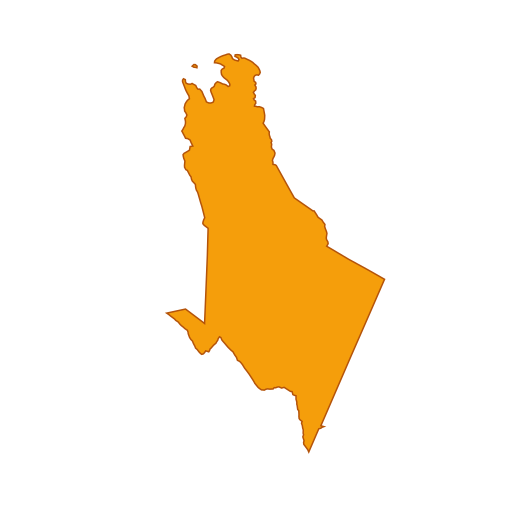 Bragança, Pará, Brazil (Robinson projection), rotated 334°
{"feature_id": "56859067B69976129931253", "entity_name": "Bragança", "entity_type": "district", "adm_level": 2, "iso_a3": "BRA", "parent_name": "Brazil", "parent_adm1": "Pará", "projection": "robinson", "projection_center": [-46.769, -1.181], "detail": "fine", "context": "isolated", "style": "filled", "palette": "amber", "viewbox_px": 512, "rotation_deg": 334, "n_neighbors": 0, "source": "geoboundaries", "source_scale": "gbopen_adm2", "svg_char_len": 4658}
<svg xmlns="http://www.w3.org/2000/svg" viewBox="0 0 512 512"><g transform="rotate(334 256 256)"><path d="M322.4,150.3L321.3,144.3L320.6,139.8L322.3,138.4L323.6,136.9L324.6,135.1L325.5,133.4L326.2,131.1L326.7,129.2L327.4,126.7L326.2,125.0L324.4,123.2L322.6,122.5L321.5,121.4L320.3,120.7L321.2,119.4L322.8,118.6L323.6,116.6L322.8,115.2L322.7,113.5L324.6,113.2L325.8,111.4L325.4,109.5L325.4,107.7L327.2,106.9L328.5,106.6L329.4,105.7L330.1,104.1L329.9,101.8L331.4,101.3L331.8,99.8L330.9,98.2L331.8,95.0L333.0,93.9L334.3,93.3L336.2,93.5L337.4,94.6L339.0,94.0L340.3,92.8L340.7,90.9L340.7,88.8L340.6,87.2L339.7,84.7L338.6,82.4L338.0,80.7L337.2,79.3L335.8,77.2L334.8,76.0L333.7,74.6L332.6,73.2L331.4,72.5L330.1,72.2L329.6,70.6L330.2,68.8L328.9,67.7L327.2,66.7L325.5,66.1L324.6,67.3L325.8,68.8L326.7,70.3L326.8,72.0L325.4,72.9L323.9,71.6L322.6,70.4L321.4,68.3L321.6,66.3L321.4,64.4L320.4,62.6L318.5,62.0L316.8,61.9L314.6,61.5L312.0,61.3L309.9,61.3L308.3,61.4L307.0,61.5L305.8,61.9L304.3,62.7L303.4,64.1L305.1,65.1L306.6,66.3L308.3,67.8L309.3,69.5L310.1,70.6L310.8,71.9L309.7,73.1L307.5,73.2L306.1,73.9L305.2,75.7L304.6,77.8L304.8,79.6L305.3,81.5L306.1,83.2L307.0,85.0L307.5,86.6L307.8,88.5L307.8,90.2L307.0,91.5L305.2,91.4L304.2,89.2L303.0,87.9L301.4,86.7L300.5,85.4L299.2,83.9L297.8,82.5L296.3,82.7L294.4,83.5L292.8,85.2L291.5,85.5L290.0,85.6L288.7,86.1L287.8,87.2L287.5,89.0L287.4,90.5L287.3,92.1L287.1,94.4L286.8,97.2L285.1,98.9L283.6,98.9L282.2,98.6L280.6,97.7L279.0,95.8L279.3,91.9L279.2,89.7L279.3,87.7L279.5,84.4L278.6,81.3L277.0,80.7L276.5,78.7L276.6,76.3L275.1,74.3L274.2,72.9L272.4,72.9L270.4,71.7L269.0,70.2L269.0,68.5L269.8,66.5L268.5,64.9L267.1,65.7L266.4,67.1L266.2,69.1L266.0,71.7L265.7,74.7L265.6,77.0L265.7,80.2L265.9,82.6L265.1,85.5L263.8,85.7L262.1,86.3L260.5,87.2L258.9,88.3L257.7,89.8L256.5,91.2L256.0,92.9L255.4,94.5L255.7,96.4L255.7,99.0L254.2,100.4L252.4,101.1L251.7,103.9L250.8,105.8L249.7,107.2L248.8,108.1L247.3,109.0L245.9,110.1L244.1,111.2L244.2,112.9L244.2,114.5L244.3,116.7L244.3,119.3L246.1,120.6L247.6,122.9L247.4,125.2L247.4,129.5L246.1,129.2L244.8,128.7L242.6,131.7L240.7,131.9L238.3,132.1L236.4,132.2L234.9,132.9L234.4,134.3L233.9,136.4L233.7,139.5L232.6,141.3L231.5,143.1L230.7,144.9L230.8,147.6L231.8,149.0L231.9,154.3L232.3,156.4L231.7,158.6L231.6,160.7L232.4,163.3L232.9,165.1L232.0,167.4L231.6,168.9L231.3,170.7L231.5,172.7L231.3,174.5L229.6,184.1L229.1,187.6L226.7,199.1L224.6,200.8L223.1,202.4L222.4,203.7L222.9,205.8L224.2,208.3L225.1,210.1L212.5,234.2L211.6,235.9L194.3,268.0L180.2,294.1L177.9,289.5L169.4,272.8L158.5,270.1L150.7,268.2L151.9,270.3L153.1,272.9L154.4,275.4L155.2,277.0L155.6,278.6L157.1,281.1L157.8,284.2L158.4,285.9L159.4,287.9L160.3,290.2L161.7,292.6L161.6,294.4L161.0,296.2L160.6,300.1L160.9,302.6L161.6,304.5L161.4,307.3L161.5,310.7L161.3,312.2L162.2,314.4L162.7,317.1L163.4,319.3L164.1,320.6L165.8,320.9L167.6,320.2L169.2,319.2L171.5,321.4L172.7,320.7L174.0,319.4L175.2,319.1L178.7,317.6L181.8,316.8L183.1,315.8L184.6,315.0L185.8,313.7L187.8,312.6L188.7,313.9L188.5,316.4L188.9,318.2L189.6,320.8L190.4,324.0L190.9,325.9L191.6,327.9L192.3,329.9L193.3,332.0L193.5,335.5L194.0,338.6L193.6,341.6L195.1,343.6L195.6,345.0L196.2,347.6L196.6,351.8L197.4,355.6L198.0,358.9L198.8,365.2L199.1,368.2L199.1,369.8L199.7,372.5L200.3,375.0L201.0,376.6L202.2,378.7L203.4,379.4L204.7,380.2L206.6,380.1L208.1,380.5L210.0,381.7L213.1,383.0L214.7,382.3L216.0,383.1L217.4,383.1L219.2,383.6L221.1,385.9L223.7,386.4L227.6,392.8L229.0,393.7L228.4,396.7L229.3,397.9L230.7,399.2L229.2,402.2L228.9,403.9L228.6,405.3L227.7,407.1L227.4,408.6L226.2,412.2L226.6,413.8L225.8,415.8L225.1,417.4L224.2,419.1L223.5,421.1L223.8,422.6L224.9,424.9L223.6,426.2L223.3,428.7L222.6,430.9L222.2,433.1L221.4,434.6L220.7,435.9L220.4,437.5L218.8,439.1L218.2,443.1L217.0,444.5L216.4,446.3L216.7,447.8L217.1,449.9L217.6,452.8L217.5,455.3L224.6,449.2L236.7,438.8L238.7,439.2L240.4,438.9L242.2,439.1L239.9,437.0L298.7,386.6L335.4,355.4L361.3,333.3L350.6,317.6L338.0,299.8L323.8,278.2L326.2,276.6L326.8,274.8L326.6,272.3L327.0,270.7L328.1,269.0L329.6,266.9L330.0,265.3L330.3,261.9L330.6,259.7L331.8,257.8L331.2,255.0L331.0,252.5L329.4,249.6L328.7,248.1L328.6,245.8L328.3,243.3L328.0,240.9L326.9,240.4L315.9,220.6L315.3,210.3L315.0,204.6L314.7,198.9L313.9,183.5L313.1,182.3L311.4,181.1L312.4,179.0L312.6,177.4L313.9,175.9L315.6,174.7L316.9,173.6L318.2,171.8L318.4,168.9L317.3,166.9L317.6,164.8L319.1,162.4L319.3,160.6L320.5,159.8L320.9,158.2L320.4,156.5L320.8,154.9L321.0,153.2L321.6,151.5L322.4,150.3ZM286.3,59.5L285.4,57.4L284.1,56.7L281.8,57.4L282.9,59.1L284.4,60.0L285.4,60.9L286.3,59.5Z" fill="#f59e0b" stroke="#b45309" stroke-width="1.5"/></g></svg>